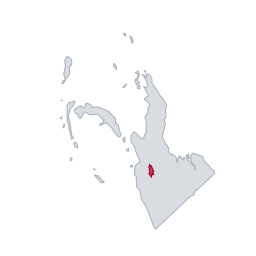 Jimi District, Western Highlands, Papua New Guinea shown in context, rotated 227°
{"feature_id": "67681753B26573357069197", "entity_name": "Jimi District", "entity_type": "district", "adm_level": 2, "iso_a3": "PNG", "parent_name": "Papua New Guinea", "parent_adm1": "Western Highlands", "projection": "albers", "projection_center": [144.768, -5.523], "detail": "fine", "context": "in_parent", "style": "filled", "palette": "rose", "viewbox_px": 256, "rotation_deg": 227, "n_neighbors": 0, "source": "geoboundaries", "source_scale": "gbopen_adm2", "svg_char_len": 4817}
<svg xmlns="http://www.w3.org/2000/svg" viewBox="0 0 256 256"><g transform="rotate(227 128 128)"><path d="M35.7,160.5L35.6,132.9L34.1,130.8L35.5,125.9L35.2,79.1L37.9,79.3L50.7,84.9L59.4,87.9L67.0,89.2L73.9,93.9L79.1,94.1L86.7,100.7L89.8,101.2L95.2,106.6L95.5,111.1L94.9,113.9L103.1,116.6L110.9,120.4L115.2,120.8L117.6,122.2L120.5,125.4L121.0,129.8L119.3,130.5L111.9,130.5L109.9,131.9L112.8,138.7L119.4,144.9L124.4,147.8L125.8,153.5L128.4,155.2L130.0,159.7L132.5,160.2L137.6,159.5L138.4,161.4L137.6,164.2L138.3,165.3L147.6,167.8L144.5,169.2L145.9,171.8L151.9,174.1L155.6,175.0L157.9,174.7L155.2,176.0L152.9,175.6L152.4,176.0L153.4,177.0L155.3,178.2L153.3,179.7L151.3,179.9L147.6,178.9L144.3,176.1L134.2,174.8L130.8,173.5L128.0,173.9L119.8,172.4L117.2,170.4L115.4,167.4L110.6,163.8L109.4,162.0L109.9,159.7L108.6,160.0L105.8,158.3L98.4,147.4L94.6,145.8L85.3,143.9L83.9,141.8L79.5,141.0L78.5,142.4L74.9,143.4L71.9,142.3L68.9,139.7L72.5,145.7L71.2,145.7L71.8,146.6L71.1,146.8L67.2,146.4L68.4,148.9L62.0,150.3L57.2,149.8L54.9,150.5L53.9,150.4L52.7,148.6L50.9,148.9L52.4,148.9L54.3,151.1L58.3,150.8L62.2,152.4L65.5,155.9L65.3,158.4L56.5,163.0L51.3,161.1L43.7,161.6L41.1,160.9L37.7,161.8L35.7,160.5ZM170.8,99.6L172.6,100.8L174.5,99.6L178.1,101.2L177.3,107.2L176.1,108.9L173.1,109.4L172.7,110.3L174.6,113.9L173.8,115.1L171.1,116.4L166.8,116.2L165.6,118.7L163.2,120.8L153.7,125.0L143.5,125.3L140.2,122.6L136.6,123.0L131.9,119.9L128.0,118.6L127.2,117.4L127.3,115.8L128.4,114.9L135.4,115.1L139.9,116.4L145.8,115.7L147.4,114.7L148.1,110.9L149.1,109.3L150.1,110.0L148.8,113.0L150.2,115.7L154.4,115.0L157.1,115.6L159.1,114.8L162.1,110.7L164.5,108.8L168.8,107.9L168.8,104.8L167.3,100.6L167.9,99.3L170.8,99.6ZM221.9,131.3L221.3,132.6L221.0,132.2L218.9,133.4L216.4,133.0L214.2,131.6L212.6,129.1L212.5,126.4L210.2,125.1L207.1,121.6L206.5,119.2L206.8,115.5L211.3,117.7L215.9,124.4L220.2,127.4L221.9,131.3ZM187.1,101.5L184.1,107.4L182.2,105.0L181.5,103.2L181.4,98.6L176.6,91.7L171.6,89.4L161.6,82.1L157.5,80.9L158.6,80.6L158.6,78.9L163.5,82.6L166.7,83.6L170.8,86.5L173.6,87.5L185.7,98.4L187.1,101.5ZM106.4,71.0L116.0,71.3L116.2,72.1L114.9,72.2L113.3,73.7L107.5,73.2L105.0,74.0L104.8,72.9L105.8,72.6L105.6,71.6L106.4,71.0ZM154.0,163.6L155.8,164.6L157.2,164.5L158.3,165.7L158.5,167.6L157.9,168.1L157.5,167.5L152.8,167.0L153.8,165.9L152.9,163.7L154.0,163.6ZM153.7,79.9L150.3,79.9L147.8,77.5L151.1,76.4L153.6,77.5L153.7,79.9ZM160.8,172.1L162.9,170.9L163.4,171.3L162.6,174.3L159.3,172.9L157.0,168.1L160.8,172.1ZM178.7,159.6L182.3,159.2L184.1,160.5L184.6,161.0L184.2,162.2L181.2,161.6L178.7,159.6ZM186.8,188.6L193.6,192.0L191.1,192.5L188.9,191.6L188.7,190.8L187.8,191.1L188.2,190.5L186.8,188.6ZM123.3,119.3L120.2,116.8L120.4,115.1L123.7,116.6L123.3,119.3ZM151.7,165.4L150.8,165.5L148.8,163.7L150.1,161.8L151.5,162.5L151.7,165.4ZM205.8,115.3L204.6,111.2L205.7,110.0L206.9,112.6L205.8,115.3ZM112.7,114.3L110.6,112.7L112.2,111.3L113.1,112.1L112.7,114.3ZM145.4,66.0L144.2,66.3L142.7,65.0L143.1,63.5L144.9,64.5L145.4,66.0ZM98.8,104.4L97.5,105.8L96.6,104.7L98.0,103.1L98.8,104.4ZM161.4,152.1L161.5,156.9L160.5,155.9L161.0,153.9L160.0,153.4L161.4,152.1ZM66.3,152.9L68.3,154.9L63.4,151.7L66.3,152.9ZM68.1,152.4L65.3,151.6L64.8,151.0L68.0,151.3L68.1,152.4ZM200.1,189.3L199.9,190.0L198.1,190.1L196.9,189.1L198.1,189.3L197.9,188.6L200.1,189.3ZM181.2,85.0L181.3,87.2L180.0,85.7L181.2,85.0ZM174.5,83.7L173.9,84.3L172.7,82.7L172.9,82.4L174.5,83.7ZM158.5,178.8L158.3,179.8L157.1,179.3L157.2,178.7L158.5,178.8ZM173.4,82.0L172.4,82.2L172.6,80.7L173.4,82.0ZM121.1,74.5L121.3,75.6L119.9,75.4L121.1,74.5ZM193.8,97.7L193.6,98.7L192.9,98.4L193.8,97.7Z" fill="#d9dde1" stroke="#a8b0b8" stroke-width="1"/><path d="M78.9,117.2L80.6,117.6L82.0,118.2L83.3,118.6L83.5,118.6L83.6,118.8L83.8,118.8L83.9,119.0L84.0,119.0L84.3,119.0L84.3,118.9L84.5,118.9L84.6,119.0L84.7,118.9L84.8,118.9L85.0,118.8L85.2,118.7L85.3,118.7L85.5,118.6L85.8,118.6L86.0,118.6L85.9,118.5L85.8,118.4L85.7,118.3L85.7,118.2L85.6,117.9L85.5,117.7L85.5,117.4L85.5,117.2L85.4,117.1L85.2,117.0L84.9,117.0L84.7,117.1L84.4,116.9L84.4,116.7L84.5,116.7L84.4,116.6L84.2,116.5L84.2,116.4L83.9,116.4L83.7,116.3L83.7,116.2L83.4,115.9L83.3,115.7L83.2,115.7L82.9,115.6L82.7,115.6L82.7,115.4L82.7,115.2L82.8,115.2L82.7,115.2L82.4,115.0L82.4,114.9L82.2,114.8L82.1,114.7L81.9,114.5L81.8,114.4L81.7,114.4L81.6,114.2L81.4,114.1L81.2,113.9L81.0,113.7L80.9,113.7L80.7,113.7L80.4,113.6L80.2,113.5L80.3,113.5L80.3,113.4L80.2,113.4L80.2,113.2L80.0,112.9L79.9,112.8L79.9,112.7L79.8,112.8L79.7,112.8L79.7,112.7L78.9,112.3L77.2,111.8L76.7,111.8L76.8,111.9L76.8,112.0L77.0,112.1L77.1,112.3L77.3,112.4L77.3,112.5L77.5,112.6L77.8,112.7L77.8,112.8L77.8,113.0L77.7,113.1L77.6,113.3L77.4,113.4L77.5,113.4L77.5,113.5L77.4,113.6L76.9,114.7L76.9,115.3L78.9,115.3L78.9,117.2Z" fill="#f43f5e" stroke="#9f1239" stroke-width="1.5"/></g></svg>